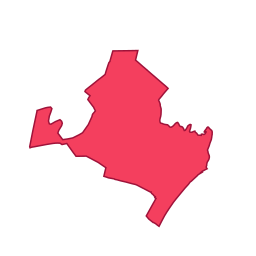 the district of Viļāni, Vilanu, Latvia, rotated 117°
{"feature_id": "27541924B14325871037870", "entity_name": "Viļāni", "entity_type": "district", "adm_level": 2, "iso_a3": "LVA", "parent_name": "Latvia", "parent_adm1": "Vilanu", "projection": "equal_earth", "projection_center": [26.926, 56.548], "detail": "fine", "context": "isolated", "style": "filled", "palette": "rose", "viewbox_px": 256, "rotation_deg": 117, "n_neighbors": 0, "source": "geoboundaries", "source_scale": "gbopen_adm2", "svg_char_len": 3373}
<svg xmlns="http://www.w3.org/2000/svg" viewBox="0 0 256 256"><g transform="rotate(117 128 128)"><path d="M186.9,202.5L186.8,202.4L182.1,196.3L179.4,192.8L177.8,190.6L176.7,189.1L175.7,187.7L175.0,186.6L174.4,185.7L173.9,184.8L173.3,183.7L172.4,181.7L172.7,179.3L169.6,175.5L175.0,165.1L175.6,163.8L176.8,161.5L174.9,157.9L172.0,152.4L172.2,138.9L172.6,136.0L173.4,129.7L182.0,127.6L181.5,124.7L181.3,122.9L179.9,118.2L179.6,117.2L179.7,116.2L179.1,114.2L178.4,110.6L177.1,105.4L175.8,99.2L175.0,96.0L174.9,95.3L174.8,94.2L174.8,92.6L174.9,79.2L174.9,78.9L174.7,78.5L174.8,78.5L175.6,77.1L175.9,75.5L176.5,74.3L176.5,74.2L176.8,73.3L176.8,72.5L177.9,72.5L178.0,71.1L182.1,71.2L183.4,71.3L183.9,71.3L198.1,71.8L199.7,68.1L200.8,62.7L200.6,62.5L200.7,60.1L200.8,59.6L201.2,57.7L201.5,55.7L195.4,55.7L189.6,55.6L185.6,55.3L181.1,54.8L173.5,53.8L169.9,53.1L166.7,52.4L155.9,50.0L150.8,48.6L147.8,48.1L146.8,47.5L140.3,45.1L138.7,44.5L137.9,44.4L132.9,41.3L133.9,42.6L132.8,42.2L131.9,41.5L130.0,40.2L128.4,39.0L128.2,39.5L127.6,40.2L127.3,40.6L126.5,40.8L125.5,40.9L124.6,41.4L122.6,41.9L121.5,41.8L120.3,41.7L119.4,41.7L118.7,41.8L117.9,42.0L116.9,42.3L116.3,42.7L115.7,43.1L114.7,44.3L113.3,45.7L112.5,46.2L111.6,47.2L107.0,47.6L106.0,47.8L104.4,48.1L102.5,48.3L100.5,48.5L97.9,49.3L97.2,49.6L95.5,50.1L94.3,50.7L93.4,51.1L92.8,51.6L92.2,52.3L91.9,53.6L91.4,55.4L90.9,56.3L90.8,56.6L90.8,57.1L90.9,57.3L91.1,57.5L91.7,57.7L91.8,57.8L92.0,57.8L92.3,57.8L92.4,57.7L94.4,58.1L95.0,58.2L95.6,58.3L96.5,58.4L96.9,58.3L97.0,58.2L96.9,57.7L95.7,56.8L95.4,56.7L96.7,56.6L98.0,56.7L98.8,57.0L99.3,57.4L99.5,58.3L99.8,59.3L100.3,59.8L101.3,59.4L102.6,62.4L101.5,64.4L101.5,64.6L101.3,65.3L101.2,66.1L101.0,66.4L100.4,67.0L101.6,68.3L102.6,68.9L103.3,70.2L103.5,71.1L103.0,71.7L99.8,72.2L97.5,72.9L96.5,73.3L96.6,74.3L98.0,75.2L98.7,75.5L99.3,75.7L99.8,75.6L100.1,75.6L100.5,75.6L101.3,75.6L102.4,75.7L104.0,75.9L104.7,76.7L103.9,77.6L103.1,78.5L102.9,79.1L102.4,79.9L102.5,80.3L102.4,80.9L102.8,81.7L102.6,83.1L101.3,84.7L101.2,85.2L100.8,85.6L100.5,86.1L100.5,86.4L100.9,86.9L101.8,87.5L102.7,87.9L104.4,88.3L106.4,89.0L107.8,90.0L108.1,91.0L107.9,91.9L107.4,93.0L107.2,94.3L107.8,96.0L108.1,96.9L108.4,98.3L108.4,99.3L108.6,100.2L108.8,101.3L108.2,102.1L107.2,102.9L106.1,103.4L104.6,103.8L103.0,104.1L101.1,104.7L99.1,105.6L96.8,106.7L95.9,107.2L95.2,107.8L93.6,109.3L92.6,110.0L92.1,110.1L91.9,110.5L91.1,111.2L89.3,113.4L88.4,113.4L86.2,112.9L84.5,112.5L81.9,112.0L79.3,111.4L78.1,111.1L76.0,110.6L74.6,110.2L74.3,110.8L74.3,111.0L73.8,112.7L69.0,132.4L66.9,140.7L66.5,142.5L64.8,149.1L64.1,152.1L54.5,154.4L58.3,161.5L66.2,176.5L76.3,174.5L76.8,174.3L78.4,174.7L81.3,174.3L86.9,173.4L89.1,173.0L90.7,172.7L97.0,175.6L97.3,175.8L99.9,177.0L102.7,178.2L103.1,178.4L111.9,182.4L113.6,183.1L115.1,182.9L116.0,178.8L116.1,178.5L116.4,176.5L119.4,176.8L120.9,176.7L124.4,169.6L125.0,168.3L125.1,168.0L125.6,167.5L127.6,164.8L131.6,165.8L132.7,165.7L134.1,165.3L143.0,164.9L152.8,166.3L156.1,168.4L161.9,172.7L165.3,177.0L168.0,180.9L164.4,188.2L161.5,188.6L156.0,188.2L153.6,188.7L152.1,190.2L151.5,192.4L155.3,195.6L159.6,198.4L160.0,200.0L157.9,202.0L153.1,203.5L148.9,204.0L145.3,204.6L144.5,206.5L145.6,208.2L146.3,209.2L147.7,210.9L153.7,217.0L154.1,216.8L173.8,211.5L189.3,207.1L190.1,206.3L188.8,205.1L186.9,202.5Z" fill="#f43f5e" stroke="#9f1239" stroke-width="1.5"/></g></svg>